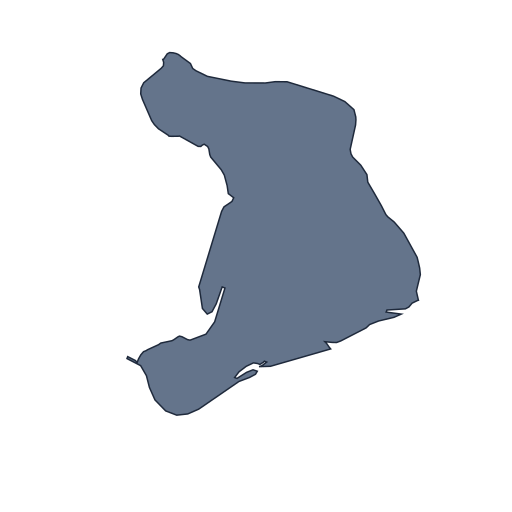 the border of Chinandega, rotated 291°
{"feature_id": "NIC-663", "entity_name": "Chinandega", "entity_type": "Department", "adm_level": 1, "iso_a3": "NIC", "parent_name": "Nicaragua", "parent_adm1": "", "projection": "natural_earth1", "projection_center": [-87.139, 12.876], "detail": "fine", "context": "isolated", "style": "filled", "palette": "slate", "viewbox_px": 512, "rotation_deg": 291, "n_neighbors": 0, "source": "natural_earth", "source_scale": "10m", "svg_char_len": 1959}
<svg xmlns="http://www.w3.org/2000/svg" viewBox="0 0 512 512"><g transform="rotate(291 256 256)"><path d="M400.4,101.4L403.7,100.4L406.1,98.5L406.5,99.2L413.0,100.7L415.0,102.5L416.0,105.9L416.4,108.9L416.3,111.3L415.7,113.5L415.3,114.4L412.2,125.8L408.6,129.5L408.3,130.0L407.4,133.7L406.3,146.2L410.3,170.0L413.6,183.6L420.9,202.8L425.6,211.4L429.8,222.6L433.0,271.1L432.0,283.6L427.7,295.0L421.6,299.3L418.9,300.5L414.0,302.0L389.3,305.7L385.5,308.0L383.0,310.8L378.3,321.3L371.7,330.4L365.0,333.9L356.6,344.4L347.8,355.1L341.2,362.4L339.8,365.0L337.2,372.9L330.3,385.8L312.5,406.9L309.2,409.2L303.4,413.1L297.5,416.1L280.6,418.3L273.0,423.4L272.9,423.5L272.3,422.7L267.9,418.6L263.2,417.0L260.2,414.4L252.5,397.6L250.3,397.6L253.8,412.4L248.2,406.8L239.3,393.8L232.7,386.6L228.4,384.6L207.0,365.5L204.1,362.2L202.6,358.0L200.7,351.0L199.7,353.2L197.1,357.0L196.0,359.0L158.2,309.0L153.8,298.5L155.3,300.4L156.7,301.5L160.8,304.0L160.8,301.5L159.2,300.8L156.2,298.5L156.2,296.0L155.3,291.9L149.5,286.4L141.7,281.6L134.9,279.6L134.9,282.1L144.0,288.9L148.7,294.0L148.9,298.5L145.4,297.9L140.3,293.5L132.7,285.0L92.5,257.4L84.1,248.9L79.0,239.0L79.0,227.2L85.4,213.3L95.1,203.6L105.0,196.6L112.3,187.6L114.0,172.3L116.1,172.3L115.2,180.9L114.0,183.2L117.9,183.2L122.5,183.9L126.4,185.3L128.1,187.2L129.7,188.4L138.4,196.9L140.6,198.3L146.8,207.9L148.3,209.2L152.7,212.2L153.8,213.3L154.1,215.9L153.4,222.0L153.8,224.6L165.1,237.3L179.7,241.0L215.0,238.5L215.0,235.5L197.1,236.0L188.2,234.9L184.3,231.3L187.8,224.8L204.4,215.4L206.6,213.6L285.4,207.9L290.4,208.5L298.3,214.0L302.4,214.3L304.3,207.8L311.4,203.8L320.2,197.4L324.1,192.6L332.1,178.3L334.1,176.5L339.1,173.6L340.9,171.6L341.8,167.6L340.4,166.2L338.5,165.2L337.6,162.7L340.6,141.6L340.0,140.6L337.4,134.1L336.7,131.8L337.3,130.7L339.8,119.4L342.3,114.0L345.0,110.1L361.5,93.9L366.0,90.3L371.6,88.5L377.5,89.1L397.2,100.2L400.4,101.4Z" fill="#64748b" stroke="#1e293b" stroke-width="1.5"/></g></svg>